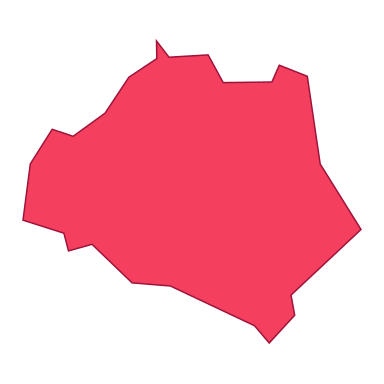 outline of Robertson, Kentucky, United States of America
{"feature_id": "52423323B68923397025914", "entity_name": "Robertson", "entity_type": "district", "adm_level": 2, "iso_a3": "USA", "parent_name": "United States of America", "parent_adm1": "Kentucky", "projection": "robinson", "projection_center": [-84.061, 38.515], "detail": "fine", "context": "isolated", "style": "filled", "palette": "rose", "viewbox_px": 384, "rotation_deg": 0, "n_neighbors": 0, "source": "geoboundaries", "source_scale": "gbopen_adm2", "svg_char_len": 428}
<svg xmlns="http://www.w3.org/2000/svg" viewBox="0 0 384 384"><path d="M361.0,229.5L320.2,164.0L307.3,76.3L279.3,65.2L271.9,82.0L223.2,82.6L208.1,54.9L169.0,57.2L156.5,41.0L156.8,58.6L128.9,77.2L105.1,113.1L73.1,136.3L52.2,129.3L30.3,163.9L23.0,220.2L63.9,233.2L68.5,250.9L92.0,244.3L132.1,282.9L170.4,286.0L254.6,325.8L269.2,343.0L294.7,315.2L291.0,295.1L361.0,229.5Z" fill="#f43f5e" stroke="#9f1239" stroke-width="1.5"/></svg>